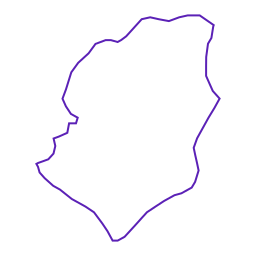 outline of Sijung, Chagang-do, North Korea
{"feature_id": "82179303B78887339067777", "entity_name": "Sijung", "entity_type": "district", "adm_level": 2, "iso_a3": "PRK", "parent_name": "North Korea", "parent_adm1": "Chagang-do", "projection": "orthographic", "projection_center": [126.385, 41.005], "detail": "fine", "context": "isolated", "style": "outline", "palette": "violet", "viewbox_px": 256, "rotation_deg": 0, "n_neighbors": 0, "source": "geoboundaries", "source_scale": "gbopen_adm2", "svg_char_len": 981}
<svg xmlns="http://www.w3.org/2000/svg" viewBox="0 0 256 256"><path d="M213.7,25.1L199.7,15.4L187.7,15.4L179.2,17.3L168.9,21.1L158.7,19.2L150.2,17.3L141.7,19.2L134.8,26.8L126.2,36.3L121.1,40.1L117.6,42.0L110.8,40.1L105.7,40.1L95.5,43.9L88.6,53.3L78.2,62.8L71.3,72.3L66.0,89.3L62.5,98.7L65.9,106.3L70.9,113.9L77.7,117.7L76.0,123.3L69.1,123.3L67.3,132.8L58.8,136.6L53.6,138.5L55.3,146.0L53.5,153.6L48.3,159.3L43.1,161.2L38.0,163.0L36.4,163.9L38.0,166.8L39.6,172.5L44.7,178.2L53.2,185.8L60.0,189.6L71.8,199.0L85.5,206.6L94.0,212.3L102.4,223.6L107.5,231.2L112.6,240.6L117.7,240.6L124.6,236.8L131.5,229.3L136.7,223.6L141.8,217.9L147.0,212.2L155.6,206.5L163.1,201.6L164.2,200.9L174.5,195.2L181.4,193.3L191.7,187.6L195.1,181.9L198.6,170.5L197.0,162.9L195.3,155.4L193.7,147.8L197.1,138.3L202.3,128.9L208.5,117.7L214.4,108.0L219.6,98.6L212.8,91.0L209.4,83.4L206.1,75.9L206.1,66.4L206.2,57.0L208.0,43.7L211.4,38.0L213.2,26.7L213.7,25.1Z" fill="none" stroke="#5b21b6" stroke-width="2"/></svg>